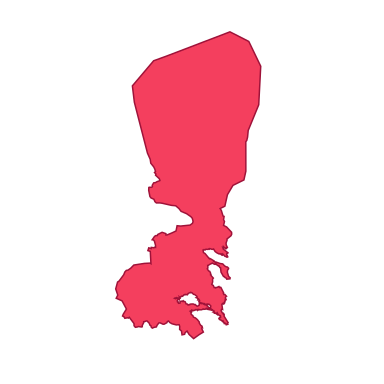 the district of Fuossko smj 2, Nordland, Norway, rotated 247°
{"feature_id": "86288312B90819759899265", "entity_name": "Fuossko smj 2", "entity_type": "district", "adm_level": 2, "iso_a3": "NOR", "parent_name": "Norway", "parent_adm1": "Nordland", "projection": "mercator", "projection_center": [15.387, 67.235], "detail": "fine", "context": "isolated", "style": "filled", "palette": "rose", "viewbox_px": 384, "rotation_deg": 247, "n_neighbors": 0, "source": "geoboundaries", "source_scale": "gbopen_adm2", "svg_char_len": 5874}
<svg xmlns="http://www.w3.org/2000/svg" viewBox="0 0 384 384"><g transform="rotate(247 192 192)"><path d="M82.2,102.3L82.2,104.4L81.7,106.5L82.9,107.7L84.4,110.3L84.1,111.4L81.6,113.7L81.2,114.7L81.5,117.8L82.4,118.7L82.4,120.0L80.6,120.5L78.5,122.1L75.8,125.6L74.9,128.3L73.1,128.2L70.3,126.9L68.2,128.0L64.4,127.0L63.9,129.6L65.2,130.7L65.9,133.1L62.1,133.6L56.4,136.2L57.9,142.8L58.6,147.7L62.3,147.6L63.5,148.3L63.2,148.6L64.6,148.8L66.0,147.9L68.5,147.5L69.4,147.9L72.4,147.1L74.7,146.0L76.3,144.4L77.8,144.5L79.6,143.5L81.2,143.8L81.4,144.4L83.0,143.7L83.1,144.9L83.5,145.7L82.7,146.3L82.3,144.7L82.0,144.3L82.6,146.2L82.1,147.2L82.4,147.6L82.1,148.2L82.3,149.4L81.9,149.5L81.7,150.6L81.4,150.7L81.8,150.9L81.5,151.5L81.3,151.5L81.3,151.9L80.9,151.7L80.7,152.2L80.7,153.2L80.0,154.2L79.8,155.6L80.0,156.3L79.7,157.0L79.4,157.0L78.9,158.5L79.0,159.1L79.4,159.4L79.4,159.8L78.8,160.5L78.4,159.9L78.5,159.6L76.9,162.0L78.4,161.3L78.4,161.9L78.1,161.9L79.1,162.3L82.4,161.0L83.4,159.5L85.5,158.0L85.4,157.3L85.9,157.0L86.4,155.1L85.0,154.4L84.8,153.2L84.8,152.1L87.2,150.9L87.1,150.6L88.5,149.3L89.4,146.9L89.5,145.6L89.2,145.6L89.5,144.2L90.7,143.9L91.4,142.8L93.4,142.9L94.1,142.5L94.5,141.4L95.3,141.4L95.1,140.4L95.4,140.4L95.9,138.5L94.4,137.5L94.8,136.1L95.9,136.0L96.1,136.4L96.6,135.7L97.8,136.0L98.4,136.9L98.2,137.9L97.8,138.2L98.3,138.5L99.6,137.2L100.3,135.8L100.6,135.9L100.3,135.0L100.8,134.6L100.7,135.2L101.0,135.2L100.9,135.6L100.7,136.2L100.4,136.0L100.5,136.7L99.0,139.5L100.2,139.5L99.7,139.8L99.7,140.5L100.0,140.6L100.1,141.7L99.9,142.1L100.1,142.1L99.9,143.3L100.3,144.2L100.3,144.7L100.5,144.7L100.4,145.8L99.9,146.0L99.7,147.2L99.2,147.4L99.3,147.9L100.1,148.8L100.2,151.3L99.8,151.5L100.0,151.7L99.3,152.6L97.2,153.4L96.7,154.3L94.0,155.8L93.2,155.5L93.1,154.6L92.1,155.6L91.4,155.5L91.1,156.2L90.6,156.0L90.3,155.4L89.7,156.6L88.9,156.5L88.5,155.5L87.8,155.5L85.1,158.6L84.5,159.8L83.0,160.5L83.0,161.7L82.7,161.7L82.7,162.6L82.3,162.6L82.4,163.2L81.8,163.5L81.8,164.0L79.7,164.8L78.6,164.0L78.7,163.8L78.4,162.8L77.3,163.1L77.2,163.8L76.4,164.0L75.2,163.4L75.8,164.2L75.7,164.8L74.1,165.1L74.0,165.7L73.2,165.6L73.1,164.8L72.6,165.5L72.0,165.1L71.6,165.3L71.4,166.2L70.2,166.9L70.8,166.9L70.8,167.7L71.0,168.0L69.1,168.2L67.0,169.3L67.0,169.8L65.5,169.4L65.5,168.5L65.2,168.5L65.2,167.4L64.0,167.4L62.2,169.0L61.0,169.4L61.2,169.7L60.7,169.9L60.9,170.2L58.7,170.3L58.9,170.6L58.1,170.8L58.0,171.5L56.4,171.6L56.2,173.3L57.2,173.3L57.6,174.2L65.2,173.0L66.0,173.5L67.0,173.2L67.0,173.7L68.2,173.5L68.7,172.7L71.4,172.4L72.3,173.2L72.1,173.8L72.5,174.0L72.1,174.3L77.0,175.6L77.5,177.2L76.6,177.1L76.5,177.6L77.3,178.9L78.4,179.2L78.6,179.9L79.5,180.2L79.5,180.9L80.0,180.6L80.4,181.0L80.1,181.0L80.1,181.4L81.5,181.3L82.6,182.5L82.6,183.0L84.9,182.2L85.1,181.3L86.3,181.2L86.7,181.7L92.9,181.3L93.3,180.8L93.3,180.1L94.5,179.9L94.5,179.2L94.3,178.5L94.5,178.2L94.5,176.3L94.9,176.3L95.3,175.1L97.6,175.1L99.1,174.1L101.2,175.9L103.8,176.9L104.4,178.0L107.3,177.0L108.6,177.2L108.7,176.8L110.1,177.4L112.1,177.3L112.8,176.5L114.8,176.1L115.4,176.1L115.8,176.9L118.1,177.7L117.9,177.9L118.4,179.6L118.6,182.6L118.4,182.6L118.4,183.3L116.9,184.2L116.8,185.1L116.4,185.0L115.8,186.3L114.4,186.7L113.9,187.6L113.5,187.6L113.5,188.0L111.6,188.1L111.2,188.7L106.9,187.4L101.9,188.0L101.5,188.7L100.3,189.0L99.2,190.0L98.2,189.9L97.2,193.0L98.1,193.6L100.0,192.7L104.4,193.2L106.4,194.4L106.9,195.5L107.5,195.9L109.1,195.3L109.7,194.3L111.3,193.1L113.8,192.2L115.3,189.8L117.8,187.1L117.4,187.0L117.8,186.0L119.6,185.5L119.5,185.2L119.8,184.8L120.3,185.1L122.7,183.4L124.0,182.3L123.8,181.9L130.2,180.0L131.8,178.9L134.0,179.4L134.3,179.6L134.0,180.1L134.1,180.3L133.9,180.3L133.9,180.9L133.5,181.7L133.9,182.4L132.9,184.3L132.9,185.5L133.7,185.9L132.5,185.9L132.6,186.8L131.6,187.7L131.0,189.0L131.2,189.4L131.1,189.6L128.2,190.0L126.3,191.1L124.3,192.8L124.3,193.7L122.0,195.0L122.1,195.5L121.6,195.9L123.4,195.3L123.4,195.5L123.0,195.5L122.7,196.2L120.1,197.1L119.5,197.6L119.2,198.4L118.5,198.5L118.2,199.2L118.3,199.6L121.0,199.5L121.7,200.0L121.8,201.3L121.4,201.7L127.2,198.5L127.6,198.4L128.0,199.0L129.2,198.7L129.0,199.4L129.4,199.6L127.2,200.5L126.5,200.9L126.5,201.6L127.3,201.4L127.2,202.9L129.8,202.8L131.7,203.4L133.9,205.4L135.1,205.9L136.5,210.8L137.7,212.1L139.5,212.7L146.3,210.2L148.9,208.0L152.2,210.4L154.1,210.2L157.0,212.0L157.8,211.2L163.6,211.8L165.8,211.4L166.1,216.7L175.7,223.6L182.1,232.3L182.8,244.5L190.1,249.7L217.3,261.2L218.0,262.5L220.8,264.6L226.7,267.8L246.2,287.5L280.9,304.4L308.4,303.1L324.6,289.5L327.1,220.8L327.8,208.0L313.0,178.6L297.1,174.0L245.2,166.2L238.4,166.3L234.6,165.3L230.0,166.6L227.6,166.7L225.1,166.4L224.6,165.1L222.6,165.8L221.7,165.0L217.0,167.1L215.1,167.0L215.0,166.8L215.2,163.8L214.9,162.2L215.4,160.3L213.7,158.0L212.5,157.7L212.2,157.2L212.2,156.4L213.1,154.3L213.0,154.0L210.5,152.8L204.3,151.5L202.6,151.9L200.2,154.1L197.6,154.1L195.9,154.9L194.6,158.0L193.4,160.0L187.7,167.9L185.7,171.6L181.9,173.5L178.4,174.4L174.2,178.5L169.8,181.3L167.7,182.0L164.5,181.5L163.0,180.2L162.3,177.3L165.1,168.2L166.8,165.1L162.4,162.1L162.2,158.3L162.2,152.4L162.6,151.2L163.9,151.7L166.6,148.7L166.3,143.9L165.5,143.1L166.0,141.6L165.8,140.2L163.6,136.7L162.9,137.8L161.5,138.2L157.2,137.6L155.2,136.8L155.8,135.8L155.5,135.2L156.9,132.9L155.9,132.3L157.5,130.4L155.3,128.5L153.6,130.4L142.1,126.2L142.9,125.7L144.9,120.2L147.5,109.9L145.8,105.8L145.1,102.6L145.5,100.9L144.6,98.9L142.5,96.8L138.5,90.0L138.2,88.3L132.6,83.9L126.1,83.4L123.8,80.7L119.1,85.1L109.9,85.9L106.4,81.0L105.0,79.6L103.5,80.7L102.0,80.8L101.4,83.6L100.8,84.1L101.2,85.3L93.6,87.2L91.5,86.4L89.6,87.0L89.1,89.0L89.1,90.1L87.5,92.7L87.4,93.6L88.5,94.0L90.8,96.7L91.5,96.9L91.1,98.6L91.2,99.3L91.0,100.1L88.1,101.3L85.7,101.3L84.9,101.9L83.4,101.7L82.2,102.3Z" fill="#f43f5e" stroke="#9f1239" stroke-width="1.5"/></g></svg>